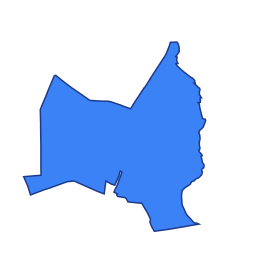 outline of Valdemārpils, Talsi, Latvia, rotated 13°
{"feature_id": "27541924B46742916089705", "entity_name": "Valdemārpils", "entity_type": "district", "adm_level": 2, "iso_a3": "LVA", "parent_name": "Latvia", "parent_adm1": "Talsi", "projection": "equal_earth", "projection_center": [22.597, 57.372], "detail": "fine", "context": "isolated", "style": "filled", "palette": "blue", "viewbox_px": 256, "rotation_deg": 13, "n_neighbors": 0, "source": "geoboundaries", "source_scale": "gbopen_adm2", "svg_char_len": 4141}
<svg xmlns="http://www.w3.org/2000/svg" viewBox="0 0 256 256"><g transform="rotate(13 128 128)"><path d="M129.3,190.4L128.7,193.7L132.1,194.4L131.8,194.7L132.0,195.8L133.5,197.0L141.3,196.5L144.5,199.7L144.6,200.0L158.4,198.3L166.0,206.3L170.0,211.2L170.4,211.8L170.5,214.7L172.4,217.6L173.1,218.6L176.9,222.7L177.1,222.6L177.3,222.5L177.7,222.4L191.1,217.3L218.7,205.7L216.5,205.3L213.7,205.5L204.4,199.0L198.0,190.7L195.2,181.5L194.9,176.9L196.6,173.8L201.2,168.9L202.1,166.0L203.0,165.4L204.3,164.7L205.2,163.0L206.2,161.7L207.7,161.0L209.5,158.4L210.3,157.0L210.4,154.2L209.5,153.0L209.2,152.0L209.8,150.5L210.7,149.8L210.7,148.0L210.3,146.7L208.6,145.1L208.0,144.5L207.8,143.7L206.6,141.1L205.6,139.5L206.6,138.2L206.4,138.0L205.5,137.0L202.9,135.2L202.2,133.9L202.2,133.0L202.6,132.9L202.3,132.4L202.6,132.0L202.5,130.9L202.0,130.1L201.5,129.0L200.9,126.9L200.7,126.0L200.6,124.4L200.7,123.5L200.6,122.1L200.2,121.0L199.5,118.7L199.0,118.3L198.9,117.9L198.6,117.5L198.4,116.6L198.0,116.4L198.0,115.9L198.6,114.1L198.8,113.4L199.8,112.4L201.1,109.9L201.4,108.3L201.5,107.5L201.8,104.5L202.0,103.9L201.9,103.2L201.4,102.1L198.7,102.2L196.7,98.6L196.2,97.5L195.5,96.2L194.8,95.0L194.2,93.6L193.5,92.3L193.0,90.9L192.4,89.5L191.8,88.0L190.7,87.6L192.6,86.7L192.4,86.4L192.4,86.1L192.5,85.7L192.6,85.3L192.5,85.1L192.4,84.9L192.2,84.7L192.0,84.4L192.0,84.2L191.9,84.1L191.9,83.9L191.8,83.7L191.8,83.4L191.7,83.3L191.7,83.2L191.7,82.9L191.7,82.7L191.7,82.4L191.7,82.2L192.0,82.0L192.4,82.0L192.7,82.0L191.5,80.7L191.2,80.4L190.7,80.2L189.8,78.5L189.6,78.2L189.7,77.8L189.4,76.4L189.6,74.7L188.9,73.2L187.4,72.6L186.9,72.5L186.6,72.2L186.3,71.8L186.2,71.7L185.9,71.7L184.1,70.6L182.3,69.5L183.4,69.3L182.4,66.9L180.2,65.1L176.7,64.0L173.5,62.5L170.5,61.1L167.5,59.6L166.3,58.9L165.1,58.2L163.8,57.5L162.5,56.8L161.9,56.3L161.3,55.7L160.8,55.2L160.3,54.6L162.2,53.9L162.1,53.7L161.9,53.5L161.6,53.2L161.3,52.9L161.0,52.6L160.8,52.2L160.6,51.9L160.5,51.6L160.4,51.2L160.3,50.9L160.2,50.5L160.1,50.2L160.0,49.9L159.9,49.5L159.9,49.2L159.9,48.8L160.0,48.5L160.0,48.1L160.0,47.9L158.4,47.7L159.6,45.0L160.6,42.6L160.6,42.3L160.6,42.0L160.6,41.5L160.5,41.3L160.5,41.1L160.5,40.9L160.3,40.3L160.2,39.9L160.1,39.6L160.0,39.3L159.9,38.9L159.8,38.6L159.7,38.3L159.6,37.9L159.4,37.6L159.3,37.3L159.2,37.0L159.0,36.6L158.8,36.3L158.7,36.0L158.5,35.7L158.3,35.4L157.9,34.8L157.7,34.4L157.5,34.2L157.2,33.9L156.9,33.7L156.6,33.5L156.4,33.3L150.0,35.0L149.9,35.1L149.9,35.6L149.9,35.9L149.9,36.2L149.9,36.4L149.9,36.7L149.9,37.0L149.8,37.3L149.8,37.5L149.8,37.8L149.8,38.1L149.8,38.4L149.8,38.6L149.8,38.9L149.7,39.2L149.7,39.5L149.6,40.0L149.6,40.3L149.6,40.6L149.5,40.8L149.5,41.1L149.4,41.4L149.3,41.6L149.3,41.9L149.3,42.2L149.2,42.4L149.2,42.7L149.2,43.0L149.1,43.3L149.0,43.8L148.9,44.3L148.8,45.4L148.6,46.4L148.5,46.7L148.5,47.1L148.4,47.4L148.3,47.8L148.2,48.1L148.2,48.5L148.1,48.8L147.9,49.2L147.8,49.5L147.7,49.8L147.6,50.2L147.5,50.5L147.3,50.9L147.2,51.2L147.1,51.5L147.0,51.9L146.8,52.2L146.7,52.6L146.6,52.9L146.5,53.3L146.3,53.6L146.2,53.9L146.1,54.3L146.0,54.6L145.8,55.0L145.7,55.3L145.6,55.6L145.5,56.0L145.3,56.3L145.2,56.7L145.1,57.0L138.4,75.2L138.6,75.2L134.8,85.5L134.6,85.4L131.7,93.3L131.4,94.1L128.9,100.8L127.5,104.8L126.3,108.6L123.8,108.4L120.0,108.0L116.4,107.4L105.3,106.3L103.7,106.4L103.0,106.5L102.9,106.3L96.0,107.8L95.8,107.8L92.4,108.4L84.6,109.7L80.8,108.1L63.6,101.3L62.3,100.7L56.9,98.3L53.6,96.7L52.2,96.1L45.7,92.9L44.4,93.8L44.1,95.4L43.4,99.7L41.8,108.9L41.4,111.3L41.3,112.2L41.1,113.9L39.0,125.7L38.4,129.9L42.3,145.1L42.3,145.4L43.4,149.9L43.7,151.0L43.9,151.9L47.1,164.8L52.0,185.9L52.1,186.4L53.9,193.6L37.3,198.9L37.8,199.5L38.4,200.4L42.1,205.4L43.3,207.0L48.1,215.2L54.1,211.1L57.9,208.6L59.1,207.7L61.2,206.5L61.5,206.3L65.2,204.1L81.3,193.7L82.1,193.7L83.3,193.1L87.6,191.8L98.3,193.9L104.1,195.0L113.0,196.7L119.6,197.6L118.4,184.6L118.7,184.7L121.4,185.5L124.8,186.5L128.0,186.6L129.2,180.3L129.3,180.3L129.6,178.4L130.0,175.8L129.9,173.4L130.1,171.6L132.0,172.3L131.8,174.2L131.6,176.3L131.0,180.7L130.5,184.9L130.2,186.7L129.3,190.4Z" fill="#3b82f6" stroke="#1e3a8a" stroke-width="1.5"/></g></svg>